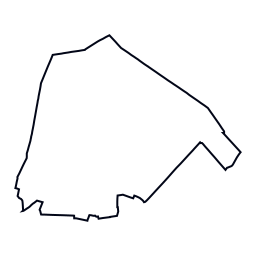 Berveni, Satu Mare, Romania
{"feature_id": "2599482B34998434361639", "entity_name": "Berveni", "entity_type": "district", "adm_level": 2, "iso_a3": "ROU", "parent_name": "Romania", "parent_adm1": "Satu Mare", "projection": "mercator", "projection_center": [22.481, 47.774], "detail": "fine", "context": "isolated", "style": "outline", "palette": "ink", "viewbox_px": 256, "rotation_deg": 0, "n_neighbors": 0, "source": "geoboundaries", "source_scale": "gbopen_adm2", "svg_char_len": 3099}
<svg xmlns="http://www.w3.org/2000/svg" viewBox="0 0 256 256"><path d="M225.5,169.9L226.8,168.1L227.0,167.8L228.5,167.3L229.4,166.9L231.0,166.3L232.1,165.6L233.0,164.4L236.9,157.4L238.7,154.7L239.5,153.6L240.6,152.2L238.2,149.5L234.9,145.9L231.7,142.4L228.4,138.8L226.6,136.8L224.3,134.3L223.1,133.0L224.1,133.0L224.1,131.4L221.6,127.8L219.1,124.0L216.5,120.3L214.9,118.0L213.1,115.4L210.4,111.6L207.9,108.0L204.5,105.5L200.8,103.0L197.5,100.6L193.7,98.0L189.2,94.9L186.7,92.9L184.1,91.2L181.9,89.7L181.3,89.3L179.0,87.7L175.4,85.3L174.0,84.4L171.7,82.8L167.9,80.3L164.2,77.7L159.8,74.7L156.1,72.1L152.3,69.5L148.4,66.8L144.2,64.0L139.6,60.7L137.8,59.3L135.8,58.0L134.4,57.0L131.3,55.0L128.6,53.0L124.9,50.5L121.1,48.0L117.7,44.3L115.5,41.8L112.5,38.6L109.4,35.3L106.0,37.0L102.9,38.8L100.0,40.2L97.7,41.5L96.9,42.0L93.9,43.9L90.9,45.8L87.9,47.7L85.1,49.5L84.9,49.9L82.1,50.3L78.8,50.9L74.4,51.5L71.4,51.9L68.2,52.5L63.5,53.2L61.6,53.6L57.3,54.2L52.7,54.9L51.2,58.7L49.7,62.2L47.8,66.6L46.2,70.5L44.4,74.9L42.7,79.1L41.0,83.2L40.8,84.4L40.6,85.9L40.0,89.4L39.1,93.8L38.6,96.4L38.3,98.7L37.8,100.7L37.5,102.7L36.7,107.0L35.9,111.6L35.1,116.1L34.3,120.4L33.6,124.8L32.7,129.4L32.3,131.3L31.9,133.9L31.1,136.9L31.1,137.7L30.9,138.2L30.4,140.9L29.4,144.4L28.7,146.8L27.8,150.2L26.8,153.4L26.8,155.6L26.8,156.6L26.7,158.2L25.1,161.3L23.6,164.3L22.3,167.0L21.0,169.8L19.2,173.6L17.4,177.0L17.5,178.2L17.5,178.6L16.8,181.5L16.1,185.1L15.7,186.9L15.4,188.1L17.3,188.6L18.5,189.1L19.0,189.3L18.6,191.3L17.9,194.8L17.6,196.0L19.1,198.0L21.1,199.0L22.2,200.3L22.4,200.9L22.6,202.5L22.8,205.2L22.9,206.8L22.9,207.3L23.1,209.7L23.0,210.6L22.6,211.0L23.1,210.9L23.5,210.8L24.3,210.3L27.1,208.4L28.4,207.6L29.1,207.1L29.5,206.8L30.6,205.8L30.8,205.5L31.2,205.1L31.7,204.7L32.8,203.7L33.3,203.4L33.7,203.1L33.8,203.1L35.0,202.2L36.0,201.4L36.9,200.7L37.0,200.6L38.6,201.1L42.6,202.2L41.1,206.0L39.6,209.8L40.2,210.9L41.1,214.5L42.7,214.6L44.4,214.6L51.8,214.9L58.7,215.1L62.6,215.2L73.4,215.6L74.1,215.7L74.2,218.3L76.0,218.3L80.9,219.3L82.8,219.7L85.1,220.2L87.4,220.7L87.6,219.7L88.3,218.1L88.7,217.0L89.3,215.2L89.6,215.1L91.3,215.3L93.0,215.7L93.7,215.8L94.3,215.8L94.7,215.8L95.0,215.6L95.5,216.0L96.0,216.5L96.3,216.7L97.3,216.6L98.0,216.5L98.1,217.1L98.6,218.7L103.0,218.0L110.1,217.1L110.1,216.9L114.0,216.3L116.2,216.0L116.6,215.9L117.0,215.8L117.0,215.7L117.2,215.1L118.2,211.6L118.2,211.3L117.8,207.1L117.3,207.1L117.3,201.4L117.4,198.4L117.6,195.5L120.5,195.1L122.9,194.7L130.4,197.4L133.2,198.3L133.6,197.4L133.7,197.1L134.3,195.6L136.0,196.2L138.0,197.1L140.0,198.1L140.3,198.4L142.3,200.0L143.1,200.8L143.7,201.7L144.0,202.2L145.1,201.9L145.6,201.5L146.8,200.4L149.0,198.1L152.5,194.3L156.8,189.6L157.3,189.1L158.0,188.3L162.2,183.8L167.3,178.2L171.6,173.3L176.5,167.8L180.6,163.6L184.1,159.8L188.4,155.1L192.8,150.4L194.2,148.8L198.7,143.9L198.9,143.6L199.5,143.0L200.1,142.3L200.4,142.6L200.4,142.9L200.5,143.1L201.8,143.0L202.0,143.0L202.5,143.5L203.1,144.1L204.1,145.3L205.1,146.5L208.3,150.1L211.5,153.8L214.6,157.3L218.5,161.9L225.5,169.9Z" fill="none" stroke="#020617" stroke-width="2"/></svg>